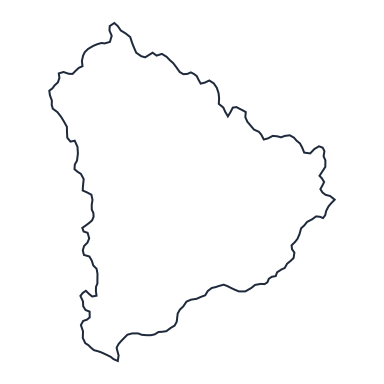 the district of São Sebastião do Oeste, Minas Gerais, Brazil
{"feature_id": "56859067B21325416614515", "entity_name": "São Sebastião do Oeste", "entity_type": "district", "adm_level": 2, "iso_a3": "BRA", "parent_name": "Brazil", "parent_adm1": "Minas Gerais", "projection": "robinson", "projection_center": [-45.047, -20.253], "detail": "fine", "context": "isolated", "style": "outline", "palette": "slate", "viewbox_px": 384, "rotation_deg": 0, "n_neighbors": 0, "source": "geoboundaries", "source_scale": "gbopen_adm2", "svg_char_len": 2945}
<svg xmlns="http://www.w3.org/2000/svg" viewBox="0 0 384 384"><path d="M114.3,23.0L109.7,26.1L109.5,30.6L111.7,35.8L109.9,41.9L104.7,43.4L101.4,43.0L97.3,44.2L93.4,45.8L88.1,48.9L84.8,52.1L83.1,55.6L81.9,60.9L82.5,66.2L78.9,67.8L75.6,70.8L72.6,73.9L68.8,73.8L63.5,72.0L58.8,73.4L59.4,78.0L57.9,82.4L54.6,85.4L52.4,88.4L49.3,90.7L49.9,95.2L51.9,100.7L51.7,104.9L52.8,108.7L57.4,112.1L61.2,117.0L64.1,121.8L66.9,126.8L67.0,132.2L67.3,137.8L70.5,141.6L74.7,140.7L77.5,146.9L77.9,153.7L77.0,160.6L74.8,164.6L74.5,169.2L77.6,171.8L80.9,173.9L83.7,179.1L83.0,185.7L82.7,190.5L86.6,192.2L91.4,194.7L92.5,199.9L91.7,205.1L91.8,209.7L93.4,213.0L93.6,216.8L92.0,220.5L89.2,222.9L85.6,225.6L82.3,227.9L83.6,231.5L87.6,232.8L89.2,238.4L87.4,242.7L84.1,246.0L82.8,250.3L83.9,254.9L89.4,256.5L91.8,260.7L93.3,265.5L96.6,268.8L97.5,273.9L97.4,279.2L97.4,283.5L96.0,286.9L95.9,291.0L96.5,295.7L92.2,296.5L89.0,293.9L85.9,290.8L82.8,292.9L80.4,295.9L83.0,301.5L83.2,306.2L85.5,310.0L89.6,311.6L89.7,317.4L86.9,319.7L83.2,320.9L80.9,325.1L83.0,331.3L82.8,337.9L85.3,343.2L88.3,345.1L91.2,347.9L94.0,350.2L97.2,351.0L100.9,352.2L104.2,353.7L107.8,355.4L110.8,356.9L113.5,359.1L117.8,361.0L118.6,355.5L117.5,351.4L116.6,347.7L118.6,344.0L121.0,341.2L124.0,338.1L127.4,334.7L132.3,333.4L138.0,333.4L141.8,334.8L146.5,335.2L150.9,335.2L154.6,334.4L158.5,332.0L161.9,331.8L166.3,331.2L170.7,327.9L174.6,325.6L176.7,321.8L177.7,313.5L179.9,309.6L183.2,306.5L186.5,301.6L191.2,299.6L196.3,298.9L200.9,296.9L205.2,295.3L207.8,291.0L211.7,288.0L215.6,287.1L219.2,285.9L223.7,284.7L227.4,286.1L230.5,287.7L234.5,289.6L238.9,291.4L245.3,291.4L251.1,288.1L255.1,284.9L260.8,283.9L264.6,284.1L267.4,282.3L268.8,278.8L271.8,276.8L275.7,276.1L277.1,272.3L281.4,269.5L284.7,268.0L287.1,263.7L290.7,260.8L293.6,258.0L294.4,252.6L292.0,249.2L291.6,245.3L294.9,242.1L297.5,238.8L299.5,234.1L301.1,228.3L304.3,225.4L307.1,221.9L312.1,219.3L316.1,216.4L320.0,216.8L323.0,218.1L325.2,215.2L326.2,210.9L328.5,206.4L331.2,203.2L334.7,199.7L330.1,196.0L325.5,194.8L322.4,192.4L320.4,189.1L322.5,185.3L324.1,182.0L322.0,178.5L319.5,175.8L322.4,171.4L325.3,166.9L325.4,160.4L323.6,156.3L324.4,151.1L322.7,147.7L319.0,146.3L314.4,149.0L310.2,153.4L304.2,152.6L302.2,147.6L300.0,143.5L296.5,140.6L293.9,137.6L289.8,135.3L284.9,135.9L281.0,137.3L277.3,136.3L272.7,135.9L267.9,138.4L263.8,139.5L261.3,134.7L258.9,131.8L254.0,129.6L250.2,125.1L247.4,121.8L245.3,117.1L245.8,112.1L242.5,110.2L239.4,108.7L236.5,107.1L232.8,107.6L230.6,111.9L227.9,116.4L225.2,111.8L223.3,107.5L218.8,103.9L219.1,98.2L218.6,93.3L216.8,87.8L213.7,83.3L209.3,80.5L204.6,82.7L200.7,83.6L198.5,79.7L196.7,76.0L193.8,73.9L190.9,72.4L187.4,73.9L183.4,74.2L179.7,72.0L176.3,67.2L173.2,63.1L170.0,60.3L166.6,56.8L161.9,53.9L156.6,55.6L152.6,52.7L148.6,55.2L145.2,57.3L141.2,56.2L136.2,52.7L133.9,47.4L132.0,42.6L130.2,37.0L125.3,33.2L120.8,30.5L117.8,26.1L114.3,23.0Z" fill="none" stroke="#1e293b" stroke-width="2"/></svg>